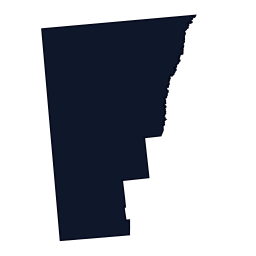 outline of General Roca, Córdoba, Argentina, rotated 85°
{"feature_id": "61730980B65942785311638", "entity_name": "General Roca", "entity_type": "district", "adm_level": 2, "iso_a3": "ARG", "parent_name": "Argentina", "parent_adm1": "Córdoba", "projection": "robinson", "projection_center": [-64.642, -34.475], "detail": "fine", "context": "isolated", "style": "filled", "palette": "ink", "viewbox_px": 256, "rotation_deg": 85, "n_neighbors": 0, "source": "geoboundaries", "source_scale": "gbopen_adm2", "svg_char_len": 4783}
<svg xmlns="http://www.w3.org/2000/svg" viewBox="0 0 256 256"><g transform="rotate(85 128 128)"><path d="M21.9,205.1L234.0,205.1L234.3,136.0L230.4,135.7L230.2,135.6L219.8,134.7L219.8,134.8L219.9,138.2L209.1,138.9L206.5,138.9L206.4,137.6L196.4,137.8L179.6,138.3L179.1,111.7L138.9,112.6L138.5,96.0L133.3,93.3L130.6,93.2L129.9,93.1L129.7,93.3L129.5,93.2L129.0,93.1L128.9,93.0L128.5,92.8L128.2,92.9L128.0,93.1L127.9,92.9L128.0,92.8L128.2,92.7L128.1,92.3L128.2,92.2L128.3,92.0L128.1,91.8L127.7,91.5L127.2,91.9L126.9,91.7L126.6,92.0L126.2,92.1L125.8,91.8L125.7,91.5L125.3,91.7L125.4,92.0L125.1,92.1L124.7,92.1L124.9,91.9L124.7,91.7L124.3,91.9L124.1,91.8L123.9,91.0L123.4,90.8L123.4,90.6L123.3,90.4L123.1,90.0L122.9,90.0L122.7,89.6L122.5,89.9L122.6,90.2L122.4,90.2L122.2,90.3L121.8,90.3L120.9,90.7L120.6,90.5L120.3,91.0L120.0,91.2L120.0,91.4L119.9,91.4L119.6,91.3L119.2,91.2L118.9,91.1L118.7,90.7L118.3,90.4L118.0,90.4L117.1,90.1L117.2,89.8L116.9,89.4L115.8,89.5L115.0,89.2L114.9,89.3L114.6,89.3L114.5,89.6L113.7,89.7L113.1,89.5L113.1,89.9L112.9,90.0L112.6,89.7L112.4,89.7L112.4,89.9L112.2,90.0L111.4,89.8L111.3,90.0L111.2,89.9L111.3,89.5L111.2,89.4L110.8,89.6L110.7,89.6L110.5,89.4L110.8,89.0L110.8,88.9L110.7,88.7L110.3,88.7L110.1,88.5L109.7,88.7L109.7,88.9L109.4,88.9L109.2,89.1L108.8,89.3L108.7,89.8L108.6,90.0L108.4,90.1L108.7,90.1L108.9,90.3L109.1,90.5L108.8,90.8L108.5,90.8L108.0,90.6L107.9,90.3L107.6,90.4L107.4,90.3L107.2,89.7L106.7,89.2L106.5,88.9L106.8,88.5L106.7,88.4L106.2,88.4L105.9,88.6L105.9,88.8L105.8,88.7L105.7,88.7L105.2,88.5L104.8,88.5L104.5,88.7L104.4,88.6L104.3,88.8L104.0,88.6L103.8,88.8L103.5,88.7L103.0,88.6L102.8,88.7L102.6,88.6L101.9,89.1L101.6,89.1L101.0,88.8L100.8,88.5L101.1,87.9L101.1,87.6L101.1,87.4L100.9,87.1L100.0,87.1L99.4,86.8L99.2,86.7L98.9,86.3L98.5,86.2L96.9,86.1L96.8,86.4L96.6,86.5L96.4,86.5L96.3,86.3L96.3,86.1L96.3,85.8L95.9,85.2L95.2,85.1L94.9,84.9L94.6,85.1L94.5,84.9L94.3,84.9L94.2,85.0L93.9,85.7L93.4,86.0L93.1,86.4L92.4,86.2L91.7,86.3L91.2,86.1L90.9,85.8L90.6,84.9L90.7,84.4L90.4,84.2L90.0,84.3L89.5,84.7L89.7,84.9L89.7,85.0L89.4,85.1L89.1,84.8L89.0,84.2L88.5,83.8L88.2,83.8L88.2,83.6L87.9,83.2L87.3,83.3L86.9,83.5L86.0,83.6L85.7,83.3L85.3,83.3L85.1,83.1L84.8,83.1L84.5,82.8L83.6,82.5L83.4,82.8L83.1,82.6L82.9,82.6L82.7,83.0L82.2,82.9L82.1,82.7L82.2,82.3L82.6,82.1L82.4,81.8L81.8,81.8L81.5,82.0L81.4,82.0L81.2,82.3L81.1,82.5L80.4,82.1L80.1,81.7L79.5,81.6L79.2,81.0L78.7,80.9L79.0,80.4L79.2,80.5L79.4,80.3L79.6,80.3L79.8,80.2L79.9,79.7L79.7,79.2L79.4,79.1L78.9,78.8L78.8,78.5L78.6,77.9L78.4,77.7L78.1,77.7L77.8,77.7L77.6,77.7L77.3,77.5L77.1,77.3L76.7,76.9L76.1,76.5L75.2,76.4L75.0,76.1L75.0,75.8L74.6,75.6L74.6,75.4L74.5,75.2L73.9,75.1L73.6,75.2L73.5,75.4L73.2,75.4L73.1,75.6L73.2,75.9L73.3,76.1L73.4,76.3L73.7,76.3L73.7,76.5L72.7,76.8L72.6,77.0L72.4,76.9L72.2,77.0L72.0,76.4L71.4,75.8L71.5,75.5L71.7,75.1L71.5,74.7L71.0,74.4L69.5,74.4L68.8,74.1L68.7,74.0L68.5,73.2L68.3,72.9L68.1,72.9L68.0,72.5L67.7,72.2L66.9,71.8L66.4,71.5L65.9,71.7L65.7,71.9L65.5,71.4L65.8,70.7L65.6,70.5L65.3,70.4L64.8,70.6L64.6,71.1L64.3,71.3L64.2,71.5L63.9,71.5L63.6,71.2L63.2,71.0L62.9,71.2L62.9,71.5L62.6,71.9L62.3,72.0L62.2,72.0L62.1,71.8L62.2,71.5L62.1,71.0L62.0,70.7L61.7,70.4L61.4,70.3L60.6,70.4L60.3,70.5L60.0,70.5L59.7,70.2L59.7,69.6L59.7,69.3L59.1,69.0L59.0,68.7L58.9,68.1L59.0,67.9L59.1,67.4L58.9,67.1L58.7,67.1L58.6,67.7L58.4,67.8L58.1,67.7L58.0,67.2L58.0,66.9L56.7,66.8L56.2,66.8L55.6,66.6L55.1,66.6L54.6,66.4L54.4,66.4L54.1,66.4L54.0,66.6L54.0,67.0L53.9,67.9L53.8,68.0L53.4,68.1L53.2,67.9L53.1,67.6L52.5,67.3L52.4,67.1L52.4,66.9L52.7,66.6L52.7,66.4L52.7,66.2L52.2,65.8L52.0,65.7L51.7,65.9L50.7,65.6L50.7,65.9L50.6,66.1L49.9,65.9L49.2,66.1L48.6,65.8L48.3,65.4L48.1,65.3L48.0,65.1L47.4,64.8L46.9,64.4L46.3,64.3L46.1,64.5L45.5,64.6L45.4,64.7L45.3,65.0L45.2,65.0L45.0,64.9L44.7,64.2L44.3,64.1L43.8,64.2L42.8,64.1L42.3,64.2L41.4,64.1L40.6,63.6L39.7,63.3L39.0,63.0L38.8,62.8L38.5,62.7L38.4,62.8L38.3,63.2L38.2,63.4L37.3,63.3L36.4,63.6L36.1,63.2L35.8,62.7L35.4,62.3L35.2,61.7L34.3,61.1L34.1,60.9L33.6,60.1L33.4,59.5L33.2,59.4L32.5,59.6L31.7,59.4L31.5,59.1L31.1,59.0L30.9,58.7L30.7,58.6L30.3,58.8L29.9,58.9L29.5,58.7L29.3,58.7L29.1,58.8L29.1,59.0L28.8,59.2L28.6,59.1L28.4,58.9L28.4,58.7L28.7,58.4L28.8,57.7L28.7,57.6L28.5,57.4L28.3,57.2L28.6,57.0L28.8,57.1L29.0,56.8L28.9,56.6L28.7,56.5L28.8,56.1L28.5,55.6L28.3,55.5L28.4,55.2L28.1,55.0L27.8,55.1L27.7,55.3L27.8,55.6L27.6,55.8L27.5,56.0L27.4,56.2L27.2,56.2L27.1,56.5L26.9,56.6L26.7,56.5L26.1,55.9L25.6,55.7L25.4,55.3L25.3,55.2L25.2,55.0L25.3,54.9L25.3,54.7L24.9,54.7L24.6,54.6L23.9,53.9L23.7,53.9L23.5,54.0L23.3,53.9L23.2,53.8L23.3,53.5L23.2,52.9L23.3,52.6L23.4,52.3L23.0,51.9L23.0,51.7L22.9,51.6L22.5,51.7L22.3,51.5L22.2,51.1L21.7,50.9L21.9,205.1Z" fill="#0f172a" stroke="#020617" stroke-width="1.5"/></g></svg>